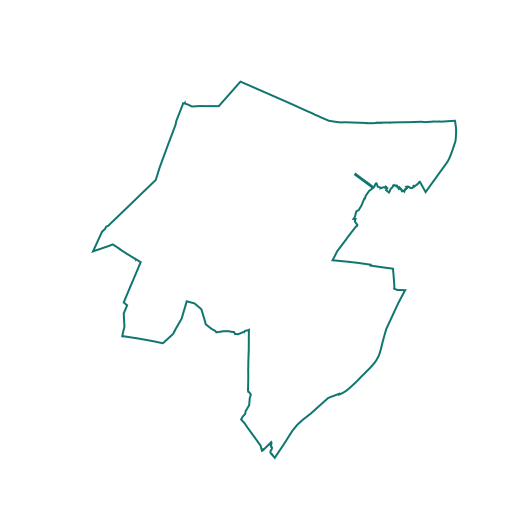 Aizkraukles pag., Aizkraukles, Latvia, rotated 287°
{"feature_id": "27541924B10517585408275", "entity_name": "Aizkraukles pag.", "entity_type": "district", "adm_level": 2, "iso_a3": "LVA", "parent_name": "Latvia", "parent_adm1": "Aizkraukles", "projection": "equal_earth", "projection_center": [25.231, 56.65], "detail": "fine", "context": "isolated", "style": "outline", "palette": "teal", "viewbox_px": 512, "rotation_deg": 287, "n_neighbors": 0, "source": "geoboundaries", "source_scale": "gbopen_adm2", "svg_char_len": 5632}
<svg xmlns="http://www.w3.org/2000/svg" viewBox="0 0 512 512"><g transform="rotate(287 256 256)"><path d="M380.7,141.6L380.0,141.7L361.7,140.3L357.9,140.7L336.3,139.3L312.8,138.0L299.4,137.9L282.0,128.2L272.0,122.7L244.5,107.4L242.3,106.2L241.9,106.0L241.7,105.9L240.5,104.4L240.3,104.3L240.1,104.2L239.4,104.0L238.3,103.8L237.9,103.8L235.1,102.2L234.3,101.7L233.7,101.6L213.4,98.9L212.8,98.8L214.2,100.7L214.9,101.7L215.0,101.9L223.5,113.6L223.8,113.7L225.2,115.7L222.9,123.6L222.7,123.6L220.1,132.7L220.1,133.0L217.8,141.7L217.7,141.8L217.9,141.8L216.4,147.5L209.0,146.8L191.2,144.9L172.9,143.1L172.8,143.5L171.4,146.5L171.3,147.0L171.2,147.2L162.4,146.3L150.1,150.8L142.8,151.3L142.6,151.3L140.1,151.6L140.1,152.3L140.5,152.5L141.5,159.5L142.7,167.7L143.1,171.1L143.7,176.0L144.6,183.9L145.3,192.2L145.4,192.5L157.2,199.5L157.3,199.5L159.9,200.1L160.0,199.9L167.0,201.5L174.3,203.2L192.4,203.0L192.7,211.0L191.2,214.6L189.1,219.3L179.4,225.8L176.0,227.9L173.3,234.8L172.4,239.1L171.4,240.4L174.6,247.0L175.5,250.1L176.0,251.2L176.4,255.4L176.7,256.7L176.8,256.9L176.8,257.3L176.7,257.5L175.3,258.6L175.9,261.7L180.0,266.7L179.9,266.9L180.7,267.1L180.9,267.2L181.6,268.2L182.2,269.2L182.8,270.3L183.3,270.8L178.2,272.3L165.2,276.2L152.2,279.7L150.3,280.3L144.8,281.8L140.0,283.4L136.6,284.4L129.6,286.4L124.9,287.7L124.2,288.5L123.9,288.4L123.6,289.5L123.2,290.1L121.9,291.6L118.1,291.6L111.3,293.1L104.7,291.5L103.5,291.6L102.3,291.7L102.1,291.8L101.5,291.8L100.4,291.1L99.6,290.8L98.6,290.2L95.3,289.6L92.8,293.9L89.7,297.7L89.0,298.6L84.2,305.0L78.9,312.0L77.2,314.2L76.2,315.7L71.8,318.4L72.9,319.0L72.3,319.5L82.5,325.0L82.4,325.1L82.2,325.2L81.0,325.7L80.7,325.6L80.2,325.4L79.3,325.4L79.2,325.4L79.0,325.5L78.8,325.7L78.8,325.9L78.6,326.3L78.2,326.5L77.9,326.4L77.7,326.6L77.5,326.9L77.5,327.2L77.2,327.4L76.2,327.5L75.0,327.3L74.1,327.0L72.9,327.0L72.4,327.2L72.2,327.5L71.7,327.8L71.6,328.0L71.1,328.7L70.9,328.9L70.9,329.1L71.1,329.3L71.0,329.6L70.7,329.6L70.5,329.8L70.4,329.9L70.4,330.0L68.5,333.0L69.8,333.3L83.9,337.6L99.5,341.9L106.8,344.9L113.2,348.7L121.4,354.5L136.2,363.4L141.5,366.7L148.5,375.7L147.8,375.9L149.3,377.8L151.5,380.0L154.0,382.1L157.3,384.2L160.5,386.1L164.5,388.4L167.8,390.2L171.7,392.1L174.9,393.9L178.2,395.6L182.5,397.9L185.8,399.4L188.2,400.5L192.0,401.7L194.1,402.1L196.5,402.6L198.3,402.7L200.3,402.7L203.0,402.7L208.9,402.3L218.4,402.0L224.1,401.9L253.0,405.9L266.9,408.6L265.8,404.5L264.8,401.2L265.2,397.6L267.5,397.2L278.0,393.1L283.9,390.7L283.4,387.5L282.9,384.8L280.3,368.3L281.2,368.2L279.2,355.3L277.2,344.5L276.8,342.7L275.9,338.2L274.3,330.5L277.6,331.1L284.0,332.2L285.0,332.5L297.2,337.0L300.5,338.1L306.2,340.2L313.7,343.1L314.1,343.8L315.4,343.8L317.8,340.6L318.6,340.2L320.5,340.3L320.0,338.4L322.1,339.1L323.3,339.1L324.2,339.0L328.0,338.9L330.0,340.8L335.1,342.1L342.6,342.8L342.8,343.4L345.6,343.3L351.1,345.1L354.8,347.7L355.3,347.9L357.8,341.0L358.0,340.2L358.4,339.2L360.1,334.4L360.8,332.5L362.7,327.0L363.6,327.2L360.3,336.3L358.6,341.5L358.4,341.9L357.8,343.6L357.3,344.9L356.2,347.9L356.0,348.5L357.2,348.9L358.8,349.1L359.9,349.2L360.9,349.6L361.3,349.5L359.9,350.7L357.9,352.1L357.8,354.5L357.6,355.7L358.2,356.5L358.0,356.4L359.2,358.2L359.1,358.7L359.0,359.5L360.3,359.8L359.3,361.7L357.0,361.1L355.7,364.4L355.6,364.6L356.8,364.9L358.2,364.9L359.3,365.2L360.1,365.5L360.7,365.8L361.4,366.3L362.2,366.5L363.5,366.5L363.7,366.8L364.0,367.1L363.7,367.2L363.8,367.4L364.0,368.5L364.0,368.8L364.0,369.0L364.4,369.2L364.5,369.4L364.5,369.5L364.1,369.5L363.7,369.8L363.7,370.0L363.8,370.0L364.0,370.0L364.1,369.9L364.3,369.8L364.5,370.0L364.5,370.4L364.2,370.6L364.1,370.8L363.8,371.0L363.5,370.9L363.4,371.0L363.4,371.4L363.3,371.5L363.5,371.6L363.2,371.6L363.2,372.1L362.4,372.7L363.4,372.9L363.6,373.0L363.3,373.4L363.1,373.6L363.0,374.1L362.8,374.1L362.6,374.2L362.7,374.3L362.8,374.5L362.5,375.1L362.3,375.1L362.1,375.2L362.0,375.3L362.1,375.5L362.1,375.8L361.8,375.9L361.7,375.9L361.3,375.9L361.2,376.0L361.1,376.3L360.7,376.6L360.8,376.7L361.0,376.7L361.1,377.0L360.9,377.1L360.8,377.5L360.9,377.8L361.0,377.8L361.3,377.8L361.4,378.0L361.7,378.2L361.9,378.6L361.8,378.8L361.7,378.8L361.5,379.0L361.9,379.0L362.0,379.0L362.9,379.3L363.0,379.0L363.3,379.1L363.9,379.4L364.1,379.4L364.3,379.6L364.8,379.7L364.8,379.8L364.8,380.0L364.6,380.3L365.6,380.7L366.0,381.0L366.4,379.9L366.6,380.3L366.8,380.9L366.8,381.2L366.9,381.9L366.7,382.3L366.3,383.5L366.1,383.9L366.2,384.3L366.5,384.9L366.6,385.4L367.2,385.8L367.8,386.2L368.2,386.3L369.1,386.1L369.3,386.3L369.2,386.5L368.9,386.7L368.8,386.9L368.7,387.2L369.8,387.7L370.1,388.0L370.4,388.4L371.3,389.1L371.6,389.1L372.0,389.4L372.2,389.6L372.7,389.8L372.8,390.0L373.5,390.2L373.7,390.3L374.1,390.5L375.0,390.6L375.3,390.5L375.5,390.4L366.7,399.5L401.6,411.4L403.2,411.8L405.3,412.2L408.7,412.6L412.0,412.8L416.3,413.0L420.8,413.1L423.3,413.2L425.2,413.0L427.6,412.5L432.5,411.3L436.8,409.9L441.8,407.6L443.5,406.7L438.9,394.6L438.5,393.4L438.1,391.4L437.8,391.0L436.3,385.8L436.1,385.6L434.2,380.5L433.4,378.4L433.1,376.9L433.0,376.4L432.7,374.8L428.8,363.5L425.2,352.2L422.9,345.4L422.5,345.1L422.6,344.3L419.9,336.0L419.4,334.4L419.3,334.7L419.0,333.7L418.1,331.3L417.4,329.7L417.0,328.3L416.0,325.1L415.3,322.9L415.5,322.8L409.9,301.9L408.3,297.4L408.3,297.1L408.3,296.6L407.9,295.0L406.7,286.8L406.7,285.5L407.6,277.4L408.1,274.3L408.2,271.7L408.8,268.9L409.8,260.1L410.0,258.7L411.7,245.8L418.2,190.2L416.6,189.4L388.4,176.6L385.2,166.0L382.9,158.2L380.2,151.0L380.9,146.9L381.0,143.3L381.6,143.1L381.4,143.0L381.1,142.5L380.9,142.2L380.7,141.6Z" fill="none" stroke="#0f766e" stroke-width="2"/></g></svg>